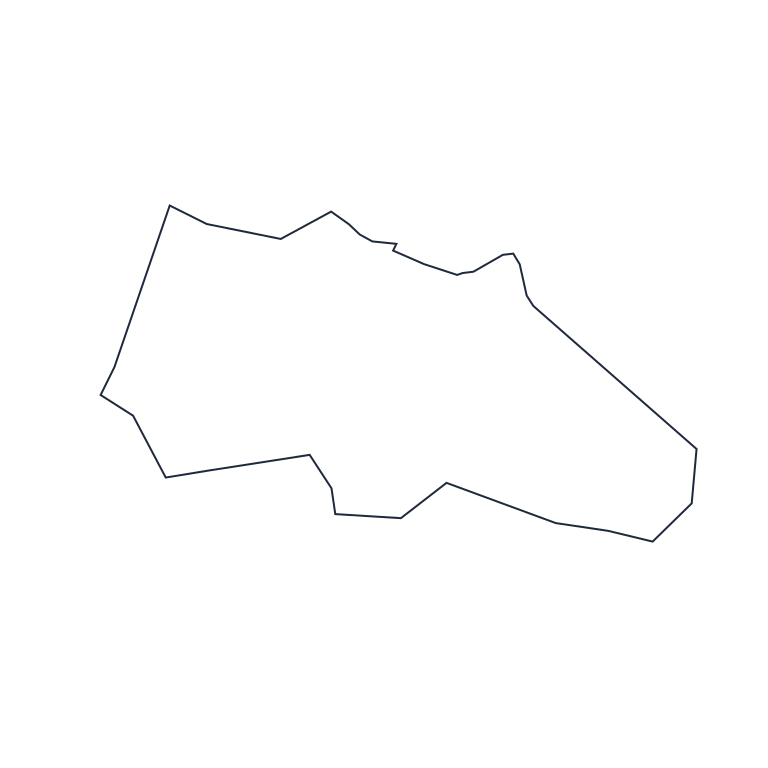 SVG path tracing the border of Santa Cruz, rotated 339°
{"feature_id": "CPV-5048", "entity_name": "Santa Cruz", "entity_type": "state/province", "adm_level": 1, "iso_a3": "CPV", "parent_name": "Cabo Verde", "parent_adm1": "", "projection": "mercator", "projection_center": [-23.551, 15.108], "detail": "fine", "context": "isolated", "style": "outline", "palette": "slate", "viewbox_px": 768, "rotation_deg": 339, "n_neighbors": 0, "source": "natural_earth", "source_scale": "10m", "svg_char_len": 574}
<svg xmlns="http://www.w3.org/2000/svg" viewBox="0 0 768 768"><g transform="rotate(339 384 384)"><path d="M247.9,140.6L275.8,171.1L339.6,211.6L396.4,204.1L408.5,222.3L414.9,235.7L424.2,246.7L445.8,257.6L440.3,262.7L464.3,286.4L491.4,308.4L497.2,308.6L507.7,311.2L541.2,306.0L551.4,308.6L553.6,320.9L548.9,352.6L551.4,364.7L652.5,556.7L628.5,605.7L578.3,627.4L540.6,601.4L494.5,575.4L406.9,498.7L351.7,515.3L291.9,488.0L297.6,462.6L289.2,423.5L188.6,401.8L146.7,393.1L138.4,323.7L115.5,292.7L138.4,271.6L247.9,140.6Z" fill="none" stroke="#1e293b" stroke-width="2"/></g></svg>